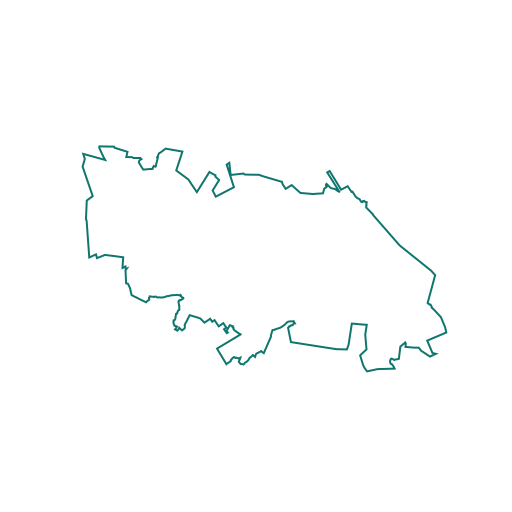 the district of Santa Ana, Sonora, Mexico, rotated 329°
{"feature_id": "50627088B25223131716378", "entity_name": "Santa Ana", "entity_type": "district", "adm_level": 2, "iso_a3": "MEX", "parent_name": "Mexico", "parent_adm1": "Sonora", "projection": "natural_earth1", "projection_center": [-111.087, 30.458], "detail": "fine", "context": "isolated", "style": "outline", "palette": "teal", "viewbox_px": 512, "rotation_deg": 329, "n_neighbors": 0, "source": "geoboundaries", "source_scale": "gbopen_adm2", "svg_char_len": 5989}
<svg xmlns="http://www.w3.org/2000/svg" viewBox="0 0 512 512"><g transform="rotate(329 256 256)"><path d="M381.4,414.5L383.0,403.7L380.8,393.1L380.5,392.5L380.4,391.7L380.2,391.5L380.2,391.1L380.0,390.6L380.3,390.3L380.5,389.9L380.5,389.7L380.5,389.2L380.6,388.8L380.6,388.6L380.5,388.3L380.5,388.2L380.5,387.9L380.5,387.7L380.2,387.6L379.9,387.2L380.0,386.9L379.6,386.5L379.6,386.1L379.2,385.7L379.0,385.1L379.1,384.8L379.0,384.6L399.7,364.7L398.6,358.9L385.0,322.1L384.4,320.0L377.5,281.3L377.7,280.6L375.6,271.9L375.5,271.0L375.6,270.8L376.0,270.2L376.3,270.0L377.0,269.4L377.1,268.4L377.3,268.2L377.6,267.9L378.3,267.3L378.6,266.9L377.8,266.1L377.4,265.5L377.2,265.2L377.1,264.7L376.8,264.8L376.1,264.0L375.3,264.5L375.1,264.6L374.9,264.6L374.2,263.9L374.0,263.2L374.0,262.3L374.1,261.2L374.1,260.8L373.9,260.4L373.6,259.9L373.2,259.3L372.8,258.9L372.5,258.2L372.5,257.6L372.0,256.7L371.8,250.5L370.9,250.3L370.5,243.4L363.1,243.0L362.9,221.1L360.1,221.0L360.6,244.6L360.2,243.4L359.9,242.9L360.0,242.8L360.1,242.6L359.6,242.4L359.3,242.1L359.2,241.2L359.0,240.9L358.8,240.6L358.8,240.1L358.6,239.7L358.2,239.5L357.7,238.6L357.2,238.3L356.3,237.6L355.7,236.8L355.3,236.4L355.1,236.1L354.5,234.2L353.6,230.5L353.1,230.7L352.4,231.2L352.3,231.7L352.3,232.1L352.5,232.9L352.0,233.2L351.5,233.3L349.7,233.3L348.9,233.7L346.4,236.1L346.0,236.6L345.7,236.8L336.6,232.1L326.5,224.8L323.1,213.6L316.0,213.7L315.8,208.1L316.5,205.7L315.4,204.7L302.3,190.4L300.5,188.0L289.7,181.3L288.1,180.1L287.8,178.9L276.0,173.5L281.1,162.4L277.9,162.6L272.5,185.7L252.1,184.4L252.6,177.5L263.5,171.9L262.1,167.1L262.3,166.5L262.5,166.1L262.8,165.9L261.6,164.0L261.2,163.4L260.3,161.7L259.4,160.3L259.3,160.0L238.2,170.8L237.4,155.5L231.7,141.6L246.7,128.6L233.8,117.4L227.6,118.1L226.7,118.0L225.8,118.0L222.2,120.5L222.7,120.9L216.0,127.7L215.8,127.7L214.7,126.2L212.5,127.6L212.6,127.8L212.3,128.1L210.1,127.0L208.7,126.2L206.9,125.4L203.9,123.9L203.7,121.0L203.8,115.3L205.3,114.0L207.7,113.9L207.3,112.4L201.5,108.9L200.6,107.4L195.8,104.4L199.5,100.5L190.5,90.4L190.7,89.2L178.3,81.4L177.4,82.3L176.3,92.0L176.2,96.0L160.5,79.5L159.3,84.6L153.4,90.1L147.0,120.0L146.8,120.6L139.5,121.3L129.2,136.9L129.1,138.3L114.9,166.3L112.3,171.4L119.7,172.2L118.6,175.9L127.1,177.3L134.4,183.0L141.5,188.7L135.4,197.5L138.7,197.7L137.6,200.0L138.7,200.2L136.8,201.0L130.6,212.5L132.0,214.0L131.7,216.6L131.3,219.3L129.9,223.2L129.3,225.4L130.7,227.9L132.1,229.9L134.2,233.4L138.0,239.1L138.8,238.8L139.8,238.6L141.0,238.6L141.9,238.5L142.7,236.8L142.8,236.7L143.4,236.7L143.6,236.6L144.1,235.9L147.1,238.2L147.6,238.7L148.1,238.8L148.4,238.7L148.7,238.8L149.1,239.1L149.4,239.5L149.9,240.4L150.3,240.9L151.5,241.4L153.8,243.1L154.9,243.4L155.2,243.7L155.9,244.0L156.7,244.2L158.8,244.5L159.0,244.7L159.4,244.8L160.6,245.3L163.8,246.3L164.0,246.5L165.5,247.3L167.7,248.4L168.4,248.7L169.4,249.6L169.8,250.0L170.3,250.4L170.7,250.4L171.0,250.3L171.1,250.6L171.2,250.9L171.3,251.0L171.3,251.4L171.2,251.7L170.9,251.9L171.6,253.8L171.9,254.0L172.1,254.4L172.1,254.7L171.7,254.9L170.5,255.1L170.0,255.0L169.0,255.0L169.0,254.8L167.8,254.6L167.5,254.8L166.9,254.5L166.4,254.9L165.8,255.7L165.2,257.2L164.9,258.0L164.5,259.0L164.6,259.3L164.0,260.2L163.6,260.7L162.7,262.5L162.4,262.7L162.1,262.7L161.8,262.6L161.3,262.6L161.1,262.7L160.4,263.2L160.1,263.4L159.8,263.7L159.4,263.9L159.1,264.2L159.1,264.4L158.9,264.5L158.7,264.7L157.7,264.4L156.4,265.9L155.8,266.7L155.5,267.1L155.0,267.6L154.4,268.4L154.1,268.6L153.3,269.0L153.1,269.0L152.7,268.9L152.3,268.7L151.6,269.5L151.5,269.9L151.3,270.0L150.9,270.7L150.5,271.8L150.5,272.8L150.4,273.1L150.2,273.5L150.2,273.8L150.5,274.0L151.5,275.2L151.9,275.8L150.8,276.4L148.8,277.2L150.2,279.5L150.6,279.3L151.3,279.1L152.4,278.6L153.2,278.0L154.2,281.6L156.1,281.5L157.5,281.2L157.9,281.0L158.4,280.3L158.7,279.7L159.0,279.3L159.1,278.9L159.6,278.2L160.1,277.8L161.9,276.8L163.8,275.7L164.0,275.5L168.7,272.6L174.1,278.5L176.1,280.9L177.5,286.6L178.8,286.5L181.6,286.4L184.4,286.2L184.6,289.8L187.4,289.6L187.8,297.1L193.4,296.7L193.7,302.1L190.9,302.3L191.2,307.0L191.7,307.0L192.1,307.1L192.5,307.0L191.7,305.4L197.9,301.8L199.7,304.0L199.4,304.1L199.2,304.8L199.3,305.0L199.3,305.3L199.8,305.6L199.4,306.3L199.4,306.8L199.1,307.1L199.0,307.6L199.1,308.1L199.3,308.8L199.9,310.0L201.4,313.5L202.4,315.0L202.4,315.3L174.9,315.3L174.9,333.5L175.9,333.3L180.2,333.1L180.7,332.3L183.5,331.4L185.1,331.3L185.5,331.8L185.8,332.5L185.7,332.6L185.8,332.8L186.6,332.9L186.8,333.0L188.0,334.6L188.3,334.6L188.6,334.9L188.7,335.0L190.3,335.1L190.1,335.3L186.8,337.8L187.2,340.7L188.6,341.7L189.5,342.6L191.2,341.9L192.0,341.8L193.8,341.8L195.1,341.5L196.5,341.0L197.7,340.2L200.1,339.8L202.3,339.3L203.2,342.0L205.4,340.1L206.2,339.9L209.8,340.2L211.1,340.1L211.5,340.2L211.5,340.4L211.6,340.7L212.1,342.2L212.6,343.3L227.1,333.0L227.9,331.7L232.0,328.0L233.9,328.8L234.2,328.7L235.6,329.0L236.0,329.0L237.7,329.5L240.1,330.0L244.0,329.8L244.7,329.8L245.2,329.7L248.3,328.9L249.2,328.8L250.3,329.1L251.7,329.6L252.9,330.4L253.7,330.9L254.7,331.2L254.6,333.8L254.1,333.5L253.5,333.2L253.0,333.5L252.1,334.0L251.7,334.2L251.1,333.7L250.4,333.5L249.1,333.9L248.4,333.7L248.3,333.4L248.0,333.4L246.8,334.1L246.5,334.1L241.6,347.8L269.5,371.1L277.0,377.3L285.8,382.9L289.7,379.7L303.3,363.3L305.4,364.7L308.7,367.2L311.9,369.5L315.5,372.0L309.1,379.7L302.6,393.0L294.1,394.8L291.6,404.9L291.4,408.2L291.8,412.1L301.8,415.5L316.8,423.9L316.9,422.9L317.0,421.7L316.9,420.1L316.8,419.5L316.8,418.8L316.7,418.7L316.1,418.1L316.0,417.6L316.0,417.2L316.0,416.8L316.2,416.5L316.5,415.6L317.2,414.7L317.7,414.3L318.0,414.2L318.6,413.9L318.7,413.7L319.1,413.7L319.5,413.9L320.8,416.0L321.0,416.4L321.6,416.4L322.3,416.5L322.8,416.8L323.7,417.2L324.3,417.3L325.5,417.7L333.1,408.0L339.4,407.0L339.3,408.2L337.3,410.9L344.5,416.1L345.6,416.8L348.3,418.4L348.7,422.1L353.3,431.8L359.8,432.5L357.3,430.0L359.2,416.7L379.7,419.6L381.4,414.5Z" fill="none" stroke="#0f766e" stroke-width="2"/></g></svg>